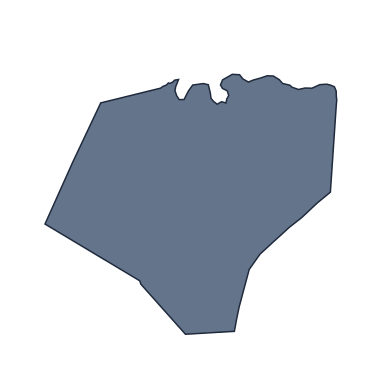 R'Kiz, Trarza, Mauritania, rotated 195°
{"feature_id": "47542326B92400580164100", "entity_name": "R'Kiz", "entity_type": "district", "adm_level": 2, "iso_a3": "MRT", "parent_name": "Mauritania", "parent_adm1": "Trarza", "projection": "mercator", "projection_center": [-15.137, 16.952], "detail": "fine", "context": "isolated", "style": "filled", "palette": "slate", "viewbox_px": 384, "rotation_deg": 195, "n_neighbors": 0, "source": "geoboundaries", "source_scale": "gbopen_adm2", "svg_char_len": 1004}
<svg xmlns="http://www.w3.org/2000/svg" viewBox="0 0 384 384"><g transform="rotate(195 192 192)"><path d="M303.3,254.0L314.9,190.1L325.7,123.0L219.5,92.7L217.5,89.7L161.5,52.9L115.0,68.4L116.0,80.7L116.7,93.5L116.7,132.1L110.2,149.6L100.9,164.3L93.6,175.6L89.0,182.9L79.4,195.7L68.4,213.5L58.3,227.7L75.1,313.2L76.0,318.3L77.4,321.9L78.9,326.9L81.7,330.5L85.8,331.1L89.8,331.0L96.3,328.8L103.0,323.3L109.7,321.7L115.7,318.6L122.5,319.1L125.2,320.5L132.6,320.3L136.8,323.1L143.5,325.1L149.5,323.7L155.5,319.7L161.8,316.0L166.0,312.8L172.1,314.4L176.4,317.6L183.5,316.1L191.5,308.2L192.2,302.7L189.3,299.9L184.2,298.9L181.5,294.7L182.5,290.8L182.2,286.8L186.9,286.8L190.4,283.3L194.5,285.0L197.8,287.3L200.0,292.5L204.0,299.8L209.1,299.7L219.0,295.5L221.6,288.7L223.6,279.3L228.2,277.9L231.7,281.0L234.7,285.5L235.0,289.6L234.1,297.2L237.8,295.5L239.0,293.3L241.4,291.2L243.1,291.2L244.3,288.8L247.6,286.3L249.2,284.2L303.3,254.4L303.3,254.0Z" fill="#64748b" stroke="#1e293b" stroke-width="1.5"/></g></svg>